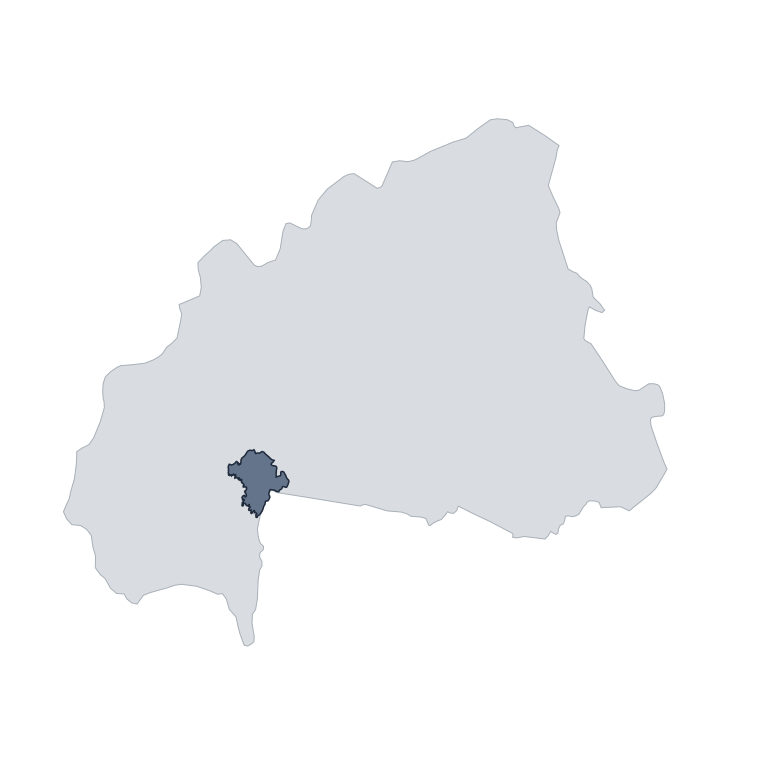 location of Ioba, Ioba, Burkina Faso, rotated 10°
{"feature_id": "67063806B47797635439115", "entity_name": "Ioba", "entity_type": "district", "adm_level": 2, "iso_a3": "BFA", "parent_name": "Burkina Faso", "parent_adm1": "Ioba", "projection": "equal_earth", "projection_center": [-3.138, 11.037], "detail": "fine", "context": "in_parent", "style": "filled", "palette": "slate", "viewbox_px": 768, "rotation_deg": 10, "n_neighbors": 0, "source": "geoboundaries", "source_scale": "gbopen_adm2", "svg_char_len": 8863}
<svg xmlns="http://www.w3.org/2000/svg" viewBox="0 0 768 768"><g transform="rotate(10 384 384)"><path d="M567.6,508.8L548.5,509.8L541.5,512.5L537.3,512.6L537.2,510.3L536.7,508.9L512.5,501.1L495.6,496.5L478.4,491.4L477.5,496.2L475.0,499.3L471.3,499.5L468.7,498.8L467.0,502.5L464.2,507.3L460.3,509.7L456.4,512.7L454.2,515.3L452.6,515.4L448.7,509.2L443.4,508.6L433.7,509.6L429.3,507.9L423.3,507.1L409.2,508.4L386.6,505.8L383.0,507.2L382.0,508.3L359.6,508.6L335.0,508.9L314.5,509.2L296.5,509.5L296.4,508.4L290.7,508.3L290.0,510.3L284.9,535.3L284.4,548.8L287.1,557.3L290.1,562.6L293.6,564.8L293.9,567.9L291.2,571.8L291.4,575.8L294.6,579.9L295.4,584.3L293.8,588.8L294.2,599.8L296.6,617.1L296.7,628.4L294.4,633.5L295.5,642.3L299.9,654.8L300.7,660.0L299.1,662.5L295.4,665.7L291.7,665.6L287.3,658.1L285.4,654.7L281.9,647.1L278.9,639.4L274.9,636.0L270.9,632.9L266.1,623.2L261.4,618.6L256.5,619.9L249.3,618.1L234.8,615.7L219.3,616.4L212.8,618.6L206.4,622.1L190.2,629.9L183.8,633.8L179.0,643.6L173.4,643.3L167.9,640.2L164.5,635.8L157.1,636.8L150.0,632.5L143.1,624.0L138.0,621.2L131.6,615.1L129.8,603.4L125.7,595.3L122.0,583.9L116.4,578.8L109.9,576.1L101.0,576.7L95.1,572.1L90.5,565.5L91.8,559.7L93.9,551.6L94.2,543.7L95.6,530.9L94.8,515.0L93.2,503.9L98.1,499.2L103.8,495.1L107.4,487.5L111.1,470.6L112.7,455.9L111.5,450.5L109.7,446.2L108.2,439.9L107.3,432.2L108.4,425.4L112.7,419.2L118.1,414.0L121.9,411.5L132.1,408.9L144.8,405.1L152.1,400.7L157.4,396.3L160.4,392.8L163.5,385.7L168.4,380.2L172.2,374.6L172.7,359.1L172.7,350.3L169.9,345.4L168.4,341.3L187.2,329.2L187.3,320.6L184.7,311.1L181.1,303.4L179.7,296.8L184.9,289.0L189.5,283.1L192.9,278.2L200.3,270.6L208.0,268.6L214.9,271.5L235.4,289.3L239.0,290.4L243.2,289.1L248.7,284.4L255.7,280.7L258.3,268.8L258.0,251.2L259.6,243.1L263.3,241.7L275.1,245.1L278.2,245.3L281.6,244.1L284.1,241.0L284.0,235.4L283.4,230.4L287.3,214.1L294.3,201.9L308.5,186.6L312.9,183.6L318.0,182.0L343.4,192.5L347.5,189.9L353.7,163.9L360.6,161.4L368.8,161.0L374.2,158.7L377.0,156.9L389.0,147.1L410.3,133.6L421.7,127.9L423.9,125.7L432.1,116.2L442.9,105.3L449.8,103.1L459.4,102.3L465.4,104.1L467.1,107.2L469.1,108.8L481.5,104.1L499.5,111.5L515.0,118.8L514.0,123.4L514.0,131.5L512.8,144.4L511.3,159.9L517.7,169.9L525.5,180.6L527.6,184.8L525.6,195.4L527.0,201.6L531.1,212.0L538.1,225.1L545.3,238.7L550.2,240.5L554.8,241.5L557.7,244.0L561.9,246.3L566.0,247.9L569.6,250.8L571.9,253.7L574.9,262.1L582.9,267.6L588.5,273.1L586.3,275.8L579.4,274.7L572.8,272.3L572.0,276.3L571.8,291.7L572.9,304.5L574.4,306.2L581.0,308.5L596.8,325.1L611.1,340.8L615.9,344.9L623.8,346.5L632.6,347.1L636.3,345.7L644.8,337.8L649.3,336.9L653.5,337.1L655.8,338.4L659.9,344.8L663.8,354.6L665.0,361.8L664.7,365.7L663.4,367.1L656.4,369.0L653.4,370.5L652.6,372.6L653.7,377.4L655.1,380.5L662.9,394.7L674.0,413.6L677.5,418.5L675.6,424.2L670.0,439.1L665.9,445.3L647.5,466.3L638.3,463.8L619.3,468.1L616.4,463.2L611.9,462.6L606.4,463.4L604.4,465.3L603.8,467.3L601.8,470.2L598.4,478.6L595.6,480.7L592.2,482.0L588.1,481.8L585.6,482.9L585.6,487.1L584.9,490.7L582.1,492.5L581.0,496.5L581.2,500.5L579.6,502.3L576.0,501.3L573.8,500.2L571.8,505.3L569.4,508.8L567.6,508.8Z" fill="#d9dde1" stroke="#a8b0b8" stroke-width="1"/><path d="M289.2,478.4L289.1,478.2L288.9,478.2L288.7,478.4L288.4,478.4L287.9,478.1L287.3,478.2L286.7,478.0L286.2,477.7L285.9,477.6L285.7,477.4L285.1,477.2L284.7,476.9L284.5,476.6L283.6,476.1L283.4,475.9L283.3,475.7L283.1,475.6L282.8,475.6L282.2,475.1L281.8,474.9L279.3,473.5L278.8,473.1L278.3,472.5L278.0,472.3L277.4,472.0L276.2,471.7L275.7,471.7L274.9,472.2L273.9,473.4L273.7,473.6L272.6,473.8L271.3,473.9L270.6,474.3L270.3,474.3L270.0,474.6L269.8,474.8L269.4,474.6L269.2,474.0L268.7,473.1L268.1,472.2L267.3,471.3L266.6,472.0L265.8,472.5L265.5,472.5L264.0,472.4L263.5,472.5L262.2,473.2L261.5,473.7L261.3,474.1L260.9,475.1L260.1,476.8L259.7,478.1L259.2,478.9L257.2,481.3L256.7,482.0L256.6,482.7L256.4,483.2L256.4,484.4L256.7,485.2L256.8,485.5L256.6,486.0L256.7,486.5L256.5,487.3L256.5,487.9L256.3,487.9L256.3,487.7L256.2,487.7L255.9,487.7L255.6,487.6L255.4,488.2L255.1,488.4L255.1,488.9L254.7,488.8L254.5,488.6L254.4,488.6L254.3,488.1L254.0,487.9L254.0,487.1L253.8,487.2L253.7,487.2L253.7,486.8L253.3,486.6L253.2,486.6L253.0,486.3L252.7,486.0L252.5,485.9L252.2,485.9L251.8,486.2L251.4,487.3L250.9,487.9L249.4,489.4L248.1,490.1L247.8,490.3L246.9,490.0L245.5,489.9L245.3,490.8L245.0,491.6L245.1,492.5L245.0,493.1L245.2,493.8L245.7,494.5L245.7,496.1L246.1,497.3L246.1,497.7L246.0,498.0L246.0,498.6L246.7,499.3L246.6,499.8L246.6,500.2L246.9,500.3L246.7,500.6L246.8,500.7L247.1,500.6L247.4,500.2L247.5,500.3L247.5,500.1L247.9,500.1L247.9,500.3L248.0,500.3L248.3,500.7L249.0,500.1L249.3,500.5L249.7,500.7L249.8,500.9L250.3,499.9L250.8,499.9L250.9,500.1L251.2,499.9L251.3,499.8L251.3,499.2L251.5,498.7L251.9,498.5L251.7,498.7L251.6,498.9L251.9,499.4L252.2,499.8L252.5,499.9L253.2,499.9L253.3,499.8L253.4,499.4L253.5,499.5L253.5,500.0L253.7,499.8L253.7,500.0L253.8,500.2L253.7,500.4L253.6,500.5L253.2,500.2L253.2,500.4L253.4,501.1L253.3,501.7L253.5,502.0L253.5,502.5L253.8,502.3L253.9,502.1L254.2,501.9L254.5,502.1L254.6,501.7L254.7,501.8L255.0,501.6L255.3,501.5L255.5,501.7L256.0,501.8L256.4,501.8L256.5,501.9L256.4,502.2L256.8,502.4L256.7,502.5L256.9,502.7L256.8,502.8L257.1,503.1L257.3,503.0L257.3,502.8L257.5,503.1L257.7,502.6L258.0,502.7L258.0,502.1L258.1,501.9L258.2,502.0L258.4,502.2L258.4,502.8L258.5,503.2L258.5,503.6L259.0,503.9L259.6,503.3L260.0,502.9L260.4,502.9L260.6,503.0L260.7,503.5L260.4,504.1L260.6,505.2L260.9,505.2L261.1,505.4L261.1,505.8L261.2,506.0L261.6,506.2L262.0,506.1L262.1,506.3L262.7,506.7L263.2,507.3L263.5,507.4L263.3,507.8L263.5,507.8L263.5,508.0L263.7,508.3L263.2,509.1L263.1,509.5L263.3,509.9L264.3,509.7L264.7,509.4L264.9,509.5L265.0,509.4L265.6,509.4L265.9,509.4L266.3,509.9L266.4,510.0L266.5,509.8L266.8,510.2L266.9,510.4L266.7,511.1L266.9,511.4L266.8,511.8L266.7,512.1L266.6,512.5L266.3,513.2L266.1,513.1L265.8,513.5L265.4,513.8L265.5,514.3L266.1,515.2L266.5,515.5L266.8,515.5L266.9,516.0L267.2,516.2L267.4,516.4L267.5,516.9L267.5,517.1L268.0,518.0L267.5,519.0L267.2,519.2L266.9,519.2L266.1,518.1L265.8,517.9L265.5,517.9L265.3,518.1L265.0,518.6L264.8,518.6L264.3,519.1L264.3,519.4L263.9,520.1L263.8,520.4L263.9,520.6L264.0,520.7L264.2,521.0L264.4,521.2L264.5,521.7L264.8,521.6L264.8,521.8L265.1,522.2L265.0,522.4L265.0,522.5L265.3,522.3L265.6,522.4L265.8,522.2L266.1,522.1L266.3,522.4L266.6,522.5L266.5,523.0L266.2,523.4L265.9,523.8L265.9,524.3L265.9,524.9L265.8,525.1L265.4,524.7L265.2,525.0L265.1,525.6L265.0,525.9L265.0,526.1L265.4,527.0L265.5,527.0L265.4,527.4L265.2,527.5L265.0,527.9L265.3,528.5L265.7,528.6L266.1,528.6L266.5,528.3L266.6,528.1L266.7,527.9L266.4,527.2L266.4,526.8L266.8,526.2L267.6,525.6L267.8,525.6L268.8,526.5L268.9,526.9L269.1,527.1L269.9,527.4L270.1,527.6L270.4,527.8L271.1,527.4L272.0,526.2L272.3,526.1L272.4,526.5L272.3,526.8L272.0,527.6L271.9,527.9L271.9,528.0L272.1,528.1L272.5,527.9L272.8,528.0L273.0,528.3L273.4,528.3L273.6,528.3L273.7,528.5L273.5,528.9L273.0,529.3L272.6,529.9L272.5,530.2L272.5,531.2L272.6,531.4L272.8,531.7L273.0,531.9L273.6,531.8L274.0,531.8L274.4,531.6L274.9,531.0L275.0,531.0L275.1,532.4L275.3,532.8L275.2,533.7L275.2,534.0L275.5,534.3L276.0,534.6L276.3,534.2L276.5,534.0L276.8,532.9L277.3,532.3L277.4,532.0L278.2,531.1L278.3,531.1L278.7,531.8L278.9,532.0L278.7,533.4L278.9,533.4L279.3,533.1L280.2,533.0L280.8,533.3L281.2,533.8L281.3,534.0L281.1,534.5L280.7,534.7L280.4,535.2L280.7,535.4L280.8,535.7L280.9,537.0L281.1,537.4L281.3,537.5L281.6,537.4L282.1,537.4L282.3,537.3L282.4,536.5L282.6,535.9L282.9,535.5L284.0,534.5L285.3,532.1L285.9,530.7L286.5,528.3L286.7,526.9L286.7,525.4L287.5,523.7L287.7,522.8L287.6,521.5L287.7,520.2L287.9,519.9L288.3,519.6L288.8,519.7L289.9,519.2L290.4,518.4L291.0,516.8L291.2,515.5L291.2,515.0L290.8,514.1L289.9,513.0L289.6,512.1L289.7,510.9L289.7,510.3L289.9,510.0L290.2,508.2L290.3,507.7L292.0,507.7L294.9,507.6L295.7,508.3L296.3,508.2L297.0,508.4L299.1,508.4L299.2,507.7L299.4,507.2L299.7,506.5L300.8,505.7L301.1,505.3L301.4,504.8L301.8,503.8L301.8,502.9L302.0,502.7L302.6,502.5L303.8,502.5L304.9,502.8L305.4,502.8L306.0,502.5L306.2,502.2L306.6,500.8L306.9,499.6L307.1,498.2L307.3,496.8L307.2,496.4L307.1,495.9L306.8,495.4L306.5,495.0L305.6,494.5L304.7,493.6L303.8,492.5L303.1,491.0L302.2,490.1L300.9,488.4L300.4,488.0L299.9,487.9L299.1,487.8L298.5,487.9L298.0,488.1L297.8,488.4L297.7,488.8L297.7,489.4L298.1,491.6L298.1,491.9L298.1,492.0L297.6,492.4L293.9,494.3L293.8,493.1L293.5,491.7L293.3,490.9L293.3,489.8L293.2,488.8L292.9,487.9L293.1,485.9L292.8,484.9L292.6,484.3L292.1,483.9L291.7,483.7L290.3,483.6L290.1,483.7L289.3,483.7L288.7,483.6L288.2,483.7L287.7,483.4L287.3,483.4L287.1,483.2L286.9,482.9L286.8,482.5L286.9,481.9L287.0,481.7L287.2,481.4L287.9,480.8L288.2,480.4L288.8,478.9L289.2,478.4Z" fill="#64748b" stroke="#1e293b" stroke-width="1.5"/></g></svg>